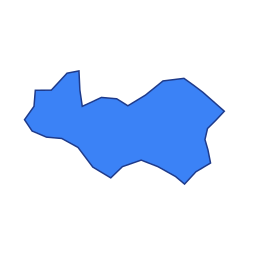 the district of Kato Koutrafas, Nicosia, Cyprus, rotated 254°
{"feature_id": "46923920B53882202230946", "entity_name": "Kato Koutrafas", "entity_type": "district", "adm_level": 2, "iso_a3": "CYP", "parent_name": "Cyprus", "parent_adm1": "Nicosia", "projection": "orthographic", "projection_center": [32.996, 35.097], "detail": "fine", "context": "isolated", "style": "filled", "palette": "blue", "viewbox_px": 256, "rotation_deg": 254, "n_neighbors": 0, "source": "geoboundaries", "source_scale": "gbopen_adm2", "svg_char_len": 566}
<svg xmlns="http://www.w3.org/2000/svg" viewBox="0 0 256 256"><g transform="rotate(254 128 128)"><path d="M164.5,30.8L151.5,35.0L141.7,47.1L136.2,61.4L123.1,74.6L100.1,83.4L84.8,97.7L92.4,112.0L93.5,131.8L82.6,146.1L68.3,160.3L58.5,166.9L67.2,181.2L71.6,197.7L84.8,198.8L95.7,198.8L105.6,204.3L111.0,214.2L117.6,225.2L141.7,209.8L150.5,203.2L160.3,195.5L163.6,174.6L154.8,153.8L149.4,134.0L159.2,125.2L164.7,110.9L161.4,90.0L177.8,92.2L196.4,96.6L197.5,84.5L185.5,64.7L189.8,49.3L174.7,43.6L164.5,30.8Z" fill="#3b82f6" stroke="#1e3a8a" stroke-width="1.5"/></g></svg>